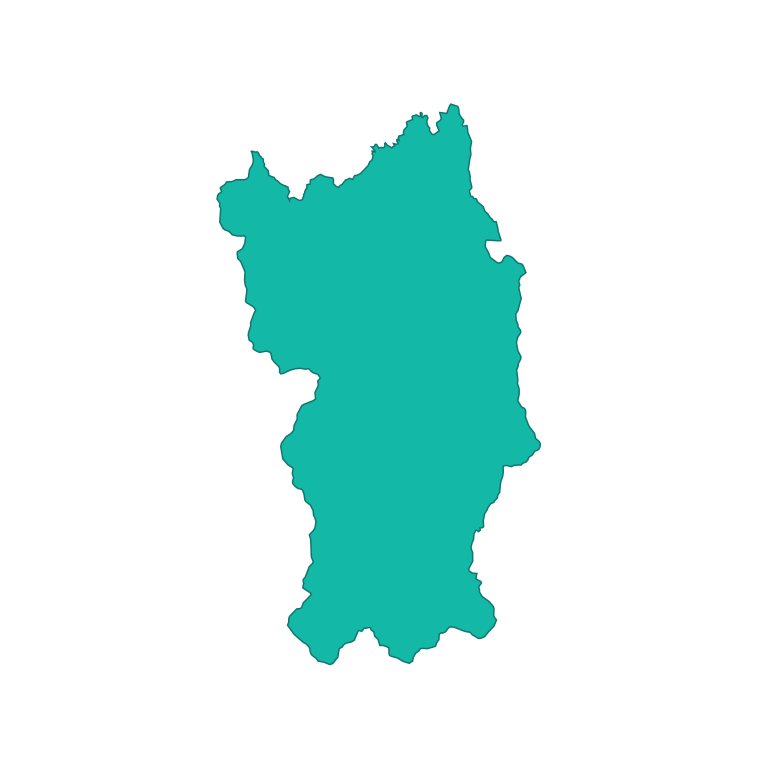 Sop Cop, Son La, Vietnam, rotated 58°
{"feature_id": "81297802B35904575630157", "entity_name": "Sop Cop", "entity_type": "district", "adm_level": 2, "iso_a3": "VNM", "parent_name": "Vietnam", "parent_adm1": "Son La", "projection": "albers", "projection_center": [103.41, 20.879], "detail": "fine", "context": "isolated", "style": "filled", "palette": "teal", "viewbox_px": 768, "rotation_deg": 58, "n_neighbors": 0, "source": "geoboundaries", "source_scale": "gbopen_adm2", "svg_char_len": 6170}
<svg xmlns="http://www.w3.org/2000/svg" viewBox="0 0 768 768"><g transform="rotate(58 384 384)"><path d="M120.0,368.4L119.2,370.2L116.6,372.5L116.5,373.3L118.7,373.6L124.0,375.7L126.7,377.5L128.8,380.2L130.7,384.3L136.9,389.5L137.3,392.1L136.6,394.4L132.3,401.4L132.2,404.1L131.6,406.0L129.2,410.5L130.5,413.2L130.7,418.5L131.5,419.2L134.7,419.7L135.1,420.3L135.1,423.4L136.0,425.2L138.7,427.6L143.8,427.4L145.9,429.2L148.5,429.4L159.7,437.5L166.9,438.0L169.1,437.2L171.4,435.3L173.8,434.2L176.9,433.7L180.2,430.6L183.0,426.6L184.0,424.2L185.6,423.6L186.4,423.8L190.9,427.5L194.2,432.4L194.2,438.2L195.4,439.3L200.1,441.5L203.4,440.7L205.6,440.8L215.3,442.4L222.0,447.2L226.2,449.1L231.3,450.1L240.3,457.5L242.1,457.5L248.6,454.2L250.7,453.6L253.5,453.9L255.0,456.5L261.4,464.8L263.9,466.0L268.8,471.8L270.7,473.3L275.4,475.1L279.0,473.4L281.8,474.0L284.6,476.3L286.6,475.7L290.1,473.7L291.4,472.4L293.9,466.1L296.9,463.7L299.7,464.2L303.3,465.7L306.2,465.6L313.6,464.0L315.3,464.2L318.9,466.4L320.8,466.1L321.7,463.3L322.5,456.2L323.9,451.4L326.4,446.5L329.9,442.6L331.0,439.7L334.4,439.2L337.0,438.1L340.8,434.9L344.5,434.8L345.5,435.5L346.4,438.8L349.5,439.9L350.9,441.1L354.6,447.0L360.3,449.9L360.7,452.5L358.8,462.7L358.8,465.2L363.9,473.9L367.9,476.3L371.4,482.1L375.3,485.1L376.6,488.6L376.9,495.1L379.9,502.3L382.3,504.7L393.9,509.5L401.5,508.3L407.3,505.6L411.1,509.1L415.6,510.4L418.0,513.0L419.8,514.1L423.1,513.8L425.4,513.0L427.5,511.9L429.5,509.7L431.0,509.3L435.3,510.3L440.5,512.6L442.5,512.5L447.7,510.6L453.6,511.1L458.4,513.5L460.2,513.3L464.8,514.7L469.2,518.6L470.8,521.1L472.3,527.2L477.0,528.5L492.1,537.2L497.3,538.2L498.2,539.6L499.4,544.3L506.1,553.2L507.0,556.0L508.1,556.9L510.2,557.5L513.9,560.9L521.8,557.3L524.0,557.0L526.8,568.4L530.1,572.5L529.6,575.5L528.6,576.5L528.6,577.7L531.0,587.3L532.7,589.2L535.6,591.1L537.4,593.6L548.6,592.9L559.9,589.5L563.5,587.6L567.9,586.8L573.3,588.9L576.1,588.7L580.9,586.9L584.1,586.7L588.1,582.3L593.1,578.7L593.9,575.8L591.2,567.9L584.7,562.3L584.9,558.8L584.0,557.1L583.5,554.1L585.5,548.1L585.5,544.9L579.7,536.8L579.5,536.1L581.6,534.3L581.8,533.4L580.5,530.2L581.6,528.6L582.8,525.3L583.8,524.5L585.6,525.3L588.8,524.0L593.0,525.5L597.6,524.4L603.5,526.1L605.6,522.9L610.1,519.6L616.1,523.0L617.0,523.0L618.4,522.4L623.3,517.9L629.5,514.7L634.2,510.6L634.1,506.5L631.5,504.2L629.0,499.7L629.0,496.4L627.7,493.4L628.4,491.7L631.5,487.3L633.7,479.3L631.3,476.4L630.0,473.0L625.4,469.8L625.4,467.2L626.4,466.1L626.7,463.1L624.8,458.0L625.3,456.1L627.5,453.4L637.0,446.2L640.2,442.5L643.4,442.0L649.5,438.9L650.5,437.7L651.5,434.0L651.4,431.7L649.8,427.6L647.5,418.9L643.7,413.6L641.2,414.0L638.4,413.6L633.0,409.9L631.0,409.2L624.3,410.1L616.2,413.4L611.1,413.3L609.3,412.1L606.3,411.3L604.4,406.8L602.8,406.5L598.5,409.2L596.4,408.1L593.9,405.6L591.2,409.3L587.6,410.9L585.6,410.0L581.3,402.7L574.0,398.2L570.3,397.5L568.0,396.3L564.8,392.8L563.5,390.6L559.0,387.3L556.7,383.7L557.3,382.8L559.3,382.1L559.0,379.8L556.9,379.1L558.0,376.6L557.8,375.1L552.6,372.3L547.5,367.6L545.5,363.5L543.5,360.7L542.0,356.6L542.6,353.5L541.9,352.6L540.8,348.5L538.1,345.8L537.3,343.5L528.9,336.9L525.1,332.2L521.7,329.4L517.5,327.0L516.8,325.7L518.4,322.7L521.5,319.9L522.0,316.5L525.4,310.4L524.7,308.7L525.4,304.4L524.4,301.9L522.9,300.1L522.8,295.9L520.8,291.7L521.4,289.4L521.3,287.2L520.7,285.9L517.9,283.2L515.2,282.9L510.3,284.3L505.6,282.5L497.4,283.4L494.7,283.1L487.2,281.6L482.3,278.3L480.3,277.7L478.8,278.0L476.4,279.5L469.8,279.5L468.7,279.1L464.5,275.0L461.6,273.1L459.2,271.8L454.3,270.6L451.1,268.1L442.5,264.2L439.9,260.8L437.9,259.3L435.3,254.9L433.4,253.4L426.4,252.8L419.2,249.8L415.5,246.3L412.9,241.0L411.1,239.8L406.4,240.0L404.2,238.8L400.1,238.2L394.4,235.1L392.8,231.6L384.1,222.3L375.1,219.2L372.9,218.1L372.1,216.4L368.2,215.3L366.0,212.4L365.3,210.4L364.8,204.6L356.7,203.3L355.1,203.7L352.3,206.4L344.7,208.1L341.3,210.3L340.0,211.9L340.3,214.9L342.7,219.0L342.9,220.3L342.3,222.7L340.6,223.9L333.0,226.8L327.3,225.7L321.7,225.4L319.6,224.4L316.4,221.7L316.3,220.7L323.7,210.3L324.3,209.1L323.9,208.5L314.7,206.2L312.7,205.1L305.9,202.9L304.4,204.9L301.4,205.0L299.3,205.7L294.4,205.9L290.9,207.0L286.3,205.9L278.9,208.2L276.1,207.5L273.9,209.7L271.9,209.5L271.5,210.4L270.4,210.9L265.7,209.3L264.8,208.4L264.5,206.1L263.6,205.2L256.2,202.7L253.7,201.0L249.4,199.3L246.8,199.0L237.5,191.0L235.8,188.9L230.0,185.9L224.7,181.2L215.1,179.6L209.2,176.7L208.6,176.9L207.6,179.7L206.7,180.4L205.1,179.9L204.3,178.0L202.4,176.6L199.6,177.2L195.1,177.2L190.1,174.8L187.6,174.4L182.0,179.1L183.1,181.3L187.8,187.4L183.3,192.9L189.3,194.7L190.3,197.0L190.3,200.6L191.2,201.4L192.3,202.1L198.5,203.1L199.0,209.3L197.8,210.9L193.2,211.2L191.2,209.6L188.6,210.1L185.2,209.2L183.3,208.0L181.7,205.8L178.9,205.4L177.8,207.6L178.7,209.3L178.0,210.5L174.7,208.3L173.4,208.8L173.3,209.6L175.2,210.5L176.1,211.8L175.7,212.6L173.0,213.8L172.0,217.2L172.1,218.5L174.9,219.6L173.8,225.4L174.0,226.3L177.9,227.8L179.2,232.5L181.2,234.5L183.0,234.9L181.6,240.1L182.9,241.4L185.3,242.1L183.5,243.1L183.6,243.7L184.8,244.4L187.3,244.3L187.8,244.9L187.1,246.6L185.1,248.6L187.7,248.9L187.5,250.9L187.9,252.2L183.4,254.6L180.2,255.0L180.4,255.9L183.2,257.4L183.2,259.5L181.8,261.2L181.1,263.4L177.0,263.3L176.2,264.5L177.2,266.0L177.4,267.6L176.3,268.9L181.7,268.1L182.5,268.6L180.7,269.7L180.2,270.8L181.8,271.1L182.6,272.2L184.3,272.1L186.7,274.2L187.8,276.1L188.0,278.3L190.4,281.8L193.1,292.5L192.6,296.5L191.7,298.4L193.9,302.2L191.2,304.3L191.2,306.9L190.6,308.5L192.5,313.6L192.4,316.4L193.2,318.4L191.2,319.8L187.3,320.8L184.1,318.6L182.2,318.2L177.2,323.9L172.6,326.8L172.2,329.4L173.0,335.1L172.1,336.9L172.1,338.5L175.3,340.7L174.1,343.7L176.9,345.6L177.5,347.3L179.0,349.4L180.0,349.9L180.5,351.4L182.1,352.6L184.5,355.8L183.4,358.6L177.9,361.7L176.7,365.5L178.4,366.9L173.7,366.5L170.7,362.0L168.6,362.2L166.1,361.1L164.7,362.5L163.8,362.4L162.8,363.6L159.4,365.6L155.1,366.7L153.3,367.8L150.6,367.8L146.2,371.1L141.5,369.1L136.0,370.4L134.0,368.7L132.2,368.8L129.1,367.2L127.9,368.0L126.2,367.9L124.0,368.6L122.1,368.0L120.0,368.4Z" fill="#14b8a6" stroke="#0f766e" stroke-width="1.5"/></g></svg>